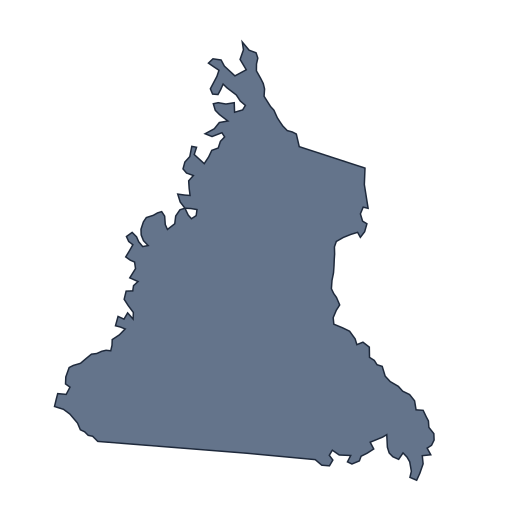 Espigão Alto do Iguaçu, Paraná, Brazil (Natural Earth projection), rotated 184°
{"feature_id": "56859067B3703545459584", "entity_name": "Espigão Alto do Iguaçu", "entity_type": "district", "adm_level": 2, "iso_a3": "BRA", "parent_name": "Brazil", "parent_adm1": "Paraná", "projection": "natural_earth1", "projection_center": [-52.784, -25.384], "detail": "fine", "context": "isolated", "style": "filled", "palette": "slate", "viewbox_px": 512, "rotation_deg": 184, "n_neighbors": 0, "source": "geoboundaries", "source_scale": "gbopen_adm2", "svg_char_len": 2910}
<svg xmlns="http://www.w3.org/2000/svg" viewBox="0 0 512 512"><g transform="rotate(184 256 256)"><path d="M182.7,57.0L175.8,51.9L168.1,51.8L165.1,57.8L169.0,62.3L166.3,67.6L159.1,63.3L147.6,63.6L150.4,57.0L145.8,55.2L138.6,58.8L137.2,63.6L131.4,67.0L125.1,71.7L129.1,78.2L117.0,84.2L113.1,86.9L111.6,74.4L109.4,68.8L105.5,65.3L99.5,63.1L95.6,69.8L91.3,65.9L88.3,61.4L86.0,52.1L87.0,45.9L80.1,43.5L77.4,50.7L74.8,60.3L76.2,68.4L67.8,69.9L71.9,76.3L67.7,79.4L65.5,84.8L66.2,91.2L71.6,97.1L72.5,103.5L75.0,107.5L78.5,113.7L85.6,113.7L87.7,122.6L93.1,128.5L100.3,131.4L104.9,135.9L113.4,140.1L118.8,145.2L122.4,154.7L127.7,156.0L130.7,160.1L135.7,162.8L136.6,173.0L143.3,177.5L149.2,174.6L151.3,180.2L157.4,187.5L164.6,190.4L173.6,193.4L174.7,199.9L172.1,207.5L169.1,213.0L172.8,220.2L175.9,224.0L178.5,228.6L178.5,236.9L177.5,244.6L177.5,251.6L177.7,258.0L177.7,263.4L178.4,270.6L176.9,276.1L170.2,280.6L162.8,284.2L156.3,286.7L153.2,281.9L149.3,287.8L147.6,295.9L152.1,298.2L154.8,305.3L152.5,312.2L147.5,311.4L152.9,334.8L153.4,351.3L220.5,368.1L224.3,380.5L228.5,382.3L233.6,383.3L238.4,387.6L241.4,391.4L244.4,395.4L248.3,402.7L251.9,406.1L259.1,415.9L259.1,423.2L260.8,428.6L263.8,433.6L268.5,440.7L268.9,447.6L268.0,453.5L270.1,458.7L277.2,460.8L284.6,468.5L282.9,460.8L285.6,451.0L278.7,441.1L289.6,434.2L300.8,443.2L304.5,449.1L312.7,449.7L316.9,445.1L310.8,441.5L305.9,438.7L307.5,432.5L313.2,419.6L310.6,414.5L305.2,414.4L302.9,419.4L300.8,425.2L296.8,421.8L286.9,415.3L282.5,409.5L277.1,405.5L279.5,400.8L287.4,397.9L288.4,407.4L296.6,405.5L304.4,406.3L309.2,404.9L306.8,398.5L302.4,394.6L293.5,388.7L301.9,386.6L306.5,380.0L315.3,374.4L308.2,372.1L298.6,376.6L295.6,372.6L299.5,367.9L301.2,361.1L307.5,358.3L310.1,351.6L314.1,344.5L324.7,352.9L322.9,360.3L327.7,360.9L329.0,350.5L333.5,344.8L334.9,337.8L331.1,333.9L324.1,331.9L328.4,326.3L327.4,318.8L326.0,311.8L331.1,311.8L338.4,312.3L335.4,304.6L330.2,298.7L335.1,296.8L338.9,290.3L339.3,282.5L346.2,276.3L348.7,281.0L349.9,289.4L353.2,293.7L357.3,292.1L361.3,289.4L368.1,286.7L370.7,282.2L372.6,274.7L372.0,269.0L369.3,263.4L364.3,258.9L369.7,257.5L374.0,262.0L376.5,266.8L381.2,270.9L386.6,266.4L384.0,261.6L379.6,258.6L382.6,252.4L385.9,246.0L381.2,243.1L376.7,241.5L375.3,235.0L380.4,225.4L371.9,222.3L376.1,217.9L376.5,212.6L383.1,211.9L384.5,203.6L380.0,197.6L374.4,191.1L374.2,184.5L380.1,190.3L383.3,183.8L389.4,186.1L391.3,176.6L386.4,175.7L381.4,174.1L386.8,167.8L393.6,162.6L393.4,156.9L394.3,151.3L399.0,151.5L403.2,150.2L408.1,147.6L413.3,146.6L418.2,142.0L423.6,136.7L430.6,134.1L434.6,131.7L437.3,122.1L437.1,115.1L432.4,112.2L435.7,104.7L444.2,104.9L445.3,99.1L446.5,91.8L437.3,89.6L430.6,85.3L422.4,76.9L419.1,70.4L414.7,68.7L410.9,65.4L406.4,64.8L400.9,60.0L251.4,58.6L182.7,57.0ZM330.2,298.7L324.1,298.8L318.1,298.2L318.5,292.1L323.0,288.7L326.5,292.1L330.2,298.7Z" fill="#64748b" stroke="#1e293b" stroke-width="1.5"/></g></svg>